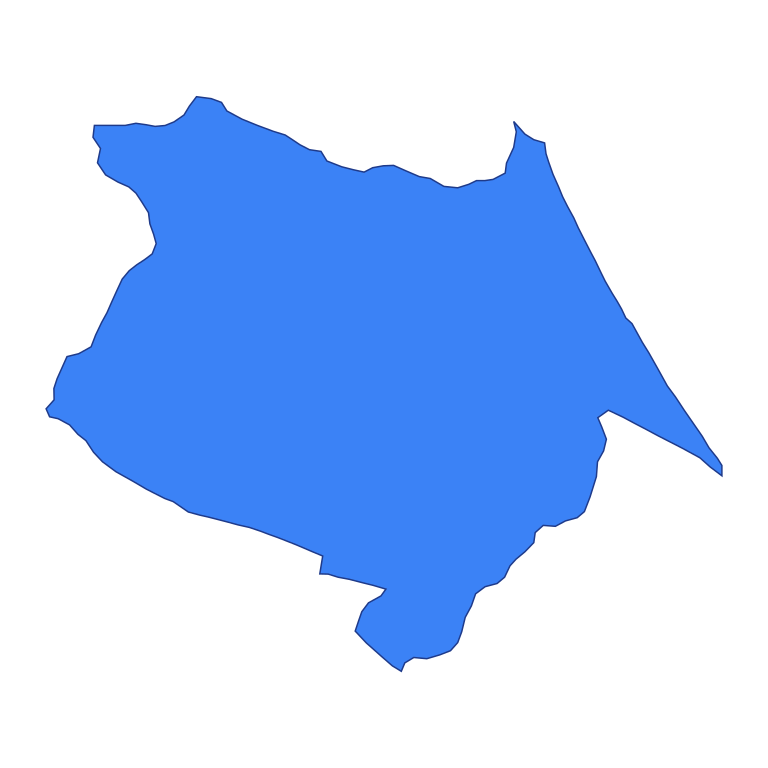 Fortaleza, Ceará, Brazil (orthographic projection)
{"feature_id": "56859067B83599165614359", "entity_name": "Fortaleza", "entity_type": "district", "adm_level": 2, "iso_a3": "BRA", "parent_name": "Brazil", "parent_adm1": "Ceará", "projection": "orthographic", "projection_center": [-38.524, -3.793], "detail": "fine", "context": "isolated", "style": "filled", "palette": "blue", "viewbox_px": 768, "rotation_deg": 0, "n_neighbors": 0, "source": "geoboundaries", "source_scale": "gbopen_adm2", "svg_char_len": 2345}
<svg xmlns="http://www.w3.org/2000/svg" viewBox="0 0 768 768"><path d="M721.9,475.8L721.9,465.5L717.4,458.3L709.0,447.8L702.2,436.2L684.4,410.5L675.5,397.0L667.3,385.9L658.4,369.8L649.0,353.1L642.3,342.3L632.0,323.6L625.8,318.0L621.6,309.1L617.2,301.4L612.3,293.5L605.2,281.2L601.5,273.7L595.2,260.6L591.2,253.1L584.6,240.3L578.3,227.9L573.8,217.9L567.5,206.4L562.6,196.7L558.6,186.9L553.0,174.3L548.6,161.9L546.0,153.7L544.6,142.9L533.8,139.7L524.9,134.1L513.7,121.5L516.3,131.8L513.7,147.4L506.5,163.1L505.2,173.1L493.1,179.4L484.9,180.6L476.5,180.6L468.8,184.3L457.7,187.8L443.9,186.4L430.3,178.5L419.3,176.6L405.8,170.8L393.6,165.4L383.3,165.8L372.7,167.7L364.1,172.1L353.6,169.8L341.8,166.8L326.9,161.0L321.0,151.4L309.5,149.7L300.0,144.8L292.7,139.9L285.2,135.0L273.2,131.3L257.4,125.4L242.1,119.2L226.9,111.0L221.5,102.4L211.2,98.6L196.5,96.7L189.4,106.1L184.0,115.0L174.0,121.9L165.1,125.5L155.1,126.4L145.9,124.7L135.9,123.3L125.3,125.4L110.8,125.4L94.4,125.4L93.0,137.3L100.5,148.5L97.5,162.8L105.6,174.9L118.0,182.1L128.8,186.9L136.0,193.2L141.7,201.8L148.5,212.7L149.9,223.9L153.6,234.2L156.2,243.6L152.2,253.9L144.5,259.7L137.0,264.6L129.3,270.6L122.2,279.1L116.4,291.6L111.3,302.9L107.0,312.7L101.6,322.5L95.6,335.1L91.1,346.8L78.7,353.7L67.0,356.6L57.1,378.7L53.9,388.5L54.1,399.8L46.1,408.8L49.6,416.8L58.1,418.7L69.6,424.9L77.9,434.3L85.9,440.6L93.6,452.3L102.5,461.8L115.9,471.7L132.5,481.0L146.3,489.1L154.5,493.3L164.8,498.5L173.2,501.6L188.3,512.0L199.7,515.1L208.1,517.0L217.1,519.3L227.1,521.9L238.1,524.9L249.3,527.4L260.6,531.2L269.0,534.4L277.7,537.5L288.4,541.7L296.0,544.7L312.6,551.8L322.7,556.0L319.8,573.9L328.2,574.1L338.1,577.2L349.3,579.3L363.6,583.0L373.0,585.3L385.9,589.1L381.0,595.9L368.5,602.8L361.8,611.7L358.7,620.6L355.2,631.1L366.4,643.0L381.6,656.5L392.4,665.9L401.3,671.3L404.8,662.9L413.8,657.5L426.8,658.7L439.7,654.9L450.5,650.7L457.7,642.6L461.7,631.8L465.2,617.4L471.4,605.9L475.6,593.8L485.1,586.7L497.1,583.5L504.6,577.2L510.0,565.8L516.0,559.2L524.9,551.8L533.8,542.6L535.2,532.6L543.2,525.4L555.4,526.3L565.5,520.9L577.2,517.7L584.4,511.6L590.1,496.8L596.4,476.6L597.5,461.8L603.6,450.9L606.4,439.2L601.8,427.1L597.8,417.7L608.3,410.2L623.3,417.3L634.1,423.1L643.9,428.2L658.7,436.1L682.5,448.3L699.9,457.8L710.2,467.0L721.9,475.8Z" fill="#3b82f6" stroke="#1e3a8a" stroke-width="1.5"/></svg>